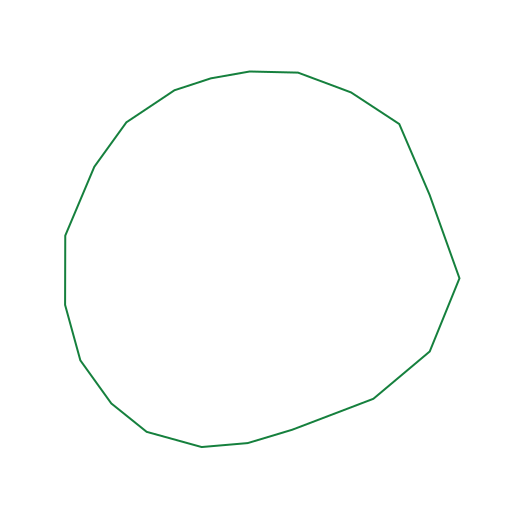 outline of Mangai, Bandundu, Democratic Republic of the Congo, rotated 170°
{"feature_id": "63176286B5937777491698", "entity_name": "Mangai", "entity_type": "district", "adm_level": 2, "iso_a3": "COD", "parent_name": "Democratic Republic of the Congo", "parent_adm1": "Bandundu", "projection": "mercator", "projection_center": [19.533, -4.06], "detail": "fine", "context": "isolated", "style": "outline", "palette": "green", "viewbox_px": 512, "rotation_deg": 170, "n_neighbors": 0, "source": "geoboundaries", "source_scale": "gbopen_adm2", "svg_char_len": 411}
<svg xmlns="http://www.w3.org/2000/svg" viewBox="0 0 512 512"><g transform="rotate(170 256 256)"><path d="M182.8,429.3L230.2,438.8L269.6,438.8L307.5,433.4L360.4,410.2L399.7,372.0L440.3,309.2L452.5,241.0L447.1,183.7L424.1,135.9L394.2,101.8L342.7,77.3L296.7,73.2L250.6,78.6L165.2,95.0L101.5,131.8L59.5,198.7L74.4,286.0L92.0,361.1L134.0,400.6L182.8,429.3Z" fill="none" stroke="#15803d" stroke-width="2"/></g></svg>